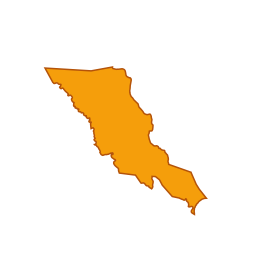 Fond Estate, Praslin, Saint Lucia (Robinson projection), rotated 24°
{"feature_id": "8701671B74250012316808", "entity_name": "Fond Estate", "entity_type": "district", "adm_level": 2, "iso_a3": "LCA", "parent_name": "Saint Lucia", "parent_adm1": "Praslin", "projection": "robinson", "projection_center": [-60.918, 13.843], "detail": "fine", "context": "isolated", "style": "filled", "palette": "amber", "viewbox_px": 256, "rotation_deg": 24, "n_neighbors": 0, "source": "geoboundaries", "source_scale": "gbopen_adm2", "svg_char_len": 5863}
<svg xmlns="http://www.w3.org/2000/svg" viewBox="0 0 256 256"><g transform="rotate(24 128 128)"><path d="M174.3,174.0L174.4,173.8L174.6,172.8L174.6,171.9L174.4,171.3L173.9,170.6L173.7,170.1L173.5,169.6L173.2,168.0L172.9,167.1L172.7,166.6L172.3,166.2L170.7,164.9L170.3,164.5L170.2,164.1L170.0,162.9L169.7,162.4L172.8,161.2L177.8,162.5L182.6,166.3L196.3,172.6L203.5,171.1L203.9,171.2L206.2,171.2L207.2,171.0L207.9,171.2L209.0,170.9L209.4,170.3L209.4,169.5L209.6,169.2L210.3,169.3L210.7,169.8L210.8,170.4L211.3,170.9L212.8,171.4L213.3,171.6L214.5,173.2L215.0,174.1L215.1,174.5L214.9,174.8L215.1,175.2L215.5,175.3L216.0,175.2L216.7,174.8L217.4,174.1L218.2,173.7L219.0,173.7L219.4,173.9L219.8,174.5L219.9,175.7L219.6,177.0L219.6,178.0L220.0,178.9L220.4,179.3L221.2,179.6L223.8,179.9L223.7,179.7L223.3,178.8L222.5,177.6L222.3,177.1L221.9,176.2L221.7,175.2L221.4,174.8L221.3,174.5L221.5,173.4L221.4,172.1L221.4,171.3L221.4,171.0L221.8,170.4L221.7,169.8L221.7,169.3L221.8,169.1L222.0,168.7L222.3,168.1L222.5,166.9L222.7,166.2L223.5,164.8L224.1,163.8L224.7,162.8L225.6,162.0L226.6,161.1L227.1,160.8L227.4,160.7L228.2,160.3L218.1,155.0L213.2,151.7L203.8,143.1L203.6,142.8L180.0,144.7L179.9,144.4L179.3,143.6L178.6,142.9L178.2,142.4L177.8,141.3L177.8,140.7L177.2,139.4L176.8,138.9L176.6,138.5L175.8,137.7L175.3,136.9L175.0,136.6L174.1,136.3L172.6,135.5L172.0,135.3L171.7,135.2L171.3,134.6L170.8,134.0L170.7,133.8L170.4,133.7L170.1,133.7L169.9,133.7L169.0,134.1L167.8,134.2L167.3,134.2L166.8,134.1L165.9,133.6L165.4,133.5L164.9,134.0L164.6,134.0L164.2,133.7L163.7,133.2L163.2,132.7L162.3,132.6L161.6,132.5L161.0,132.8L160.1,133.4L158.9,133.7L157.5,133.3L156.2,132.9L155.4,132.8L154.7,132.4L154.2,132.0L151.9,129.5L149.7,126.5L149.4,125.9L149.4,125.4L149.4,124.9L149.4,124.3L148.8,122.2L149.3,121.8L150.0,121.5L150.7,121.1L151.0,120.8L151.1,120.1L151.1,119.3L150.4,117.1L149.7,115.3L149.2,114.9L148.4,114.7L147.8,114.2L147.5,113.8L147.0,112.7L146.5,110.8L146.3,110.4L145.4,109.4L144.8,108.5L144.4,107.8L143.7,107.1L142.9,106.5L142.7,106.4L142.3,106.4L141.6,106.9L140.1,108.0L139.8,108.1L138.2,108.3L137.3,108.2L136.7,108.1L135.7,107.5L135.1,107.0L134.4,106.6L131.9,105.4L129.9,104.6L129.3,104.2L128.9,103.8L128.0,102.6L127.1,101.7L126.3,101.5L125.7,101.3L124.6,100.9L123.9,100.6L122.1,100.0L119.7,98.5L118.6,98.2L117.9,97.8L117.6,97.5L116.5,96.5L116.0,95.9L115.2,94.8L115.3,94.7L114.9,94.1L114.5,93.5L113.7,90.8L112.8,88.4L112.2,85.9L111.6,83.4L111.3,82.7L111.0,82.1L110.8,81.9L110.5,81.7L110.0,81.4L109.6,81.3L109.3,81.3L108.9,81.6L108.7,81.6L106.6,81.5L106.0,81.4L105.6,81.2L105.1,80.9L104.5,80.3L103.4,78.6L102.4,77.2L101.7,76.6L101.0,76.2L100.2,76.1L99.5,76.1L98.5,76.3L95.4,78.2L94.2,78.7L93.4,79.2L92.4,79.4L90.0,79.8L89.6,79.6L89.3,79.3L89.1,79.0L89.0,78.6L71.1,90.8L27.8,107.0L40.5,116.7L40.8,116.9L41.4,117.0L41.8,117.3L42.4,117.4L42.7,117.2L43.0,117.1L43.3,116.8L43.6,116.5L44.0,116.0L44.8,115.7L45.6,115.6L46.3,116.0L46.7,116.1L47.0,116.1L48.1,115.8L48.8,115.5L49.0,115.5L49.1,115.8L49.3,116.3L49.2,116.8L49.4,117.2L49.4,117.5L49.3,117.8L48.9,118.3L48.9,118.5L49.0,118.6L49.7,119.1L50.5,119.3L50.8,119.3L51.0,119.2L51.5,118.5L51.8,118.2L52.2,118.1L52.7,118.2L53.2,118.4L53.4,118.6L55.9,119.9L56.5,120.1L57.0,120.2L57.5,120.4L58.0,120.5L58.6,120.7L59.3,121.0L59.6,121.3L59.8,121.7L59.6,122.1L59.6,122.4L59.8,122.6L60.1,122.8L60.4,122.8L60.6,122.7L60.9,122.5L61.8,121.5L62.4,121.4L63.1,121.7L64.4,122.3L64.7,122.7L64.9,123.2L64.8,123.8L64.6,124.2L64.6,124.5L64.8,124.9L65.0,125.2L65.8,126.0L66.6,126.5L66.9,126.6L67.4,126.7L68.3,126.7L68.4,126.8L68.4,127.5L68.7,128.3L69.1,129.5L69.3,129.7L69.7,130.1L69.9,130.2L70.1,130.2L70.4,129.9L70.6,129.8L70.9,129.9L71.1,130.1L71.3,130.8L71.6,131.1L72.0,131.1L72.3,131.1L73.2,130.7L73.3,130.7L73.8,131.2L74.0,131.2L74.3,131.2L74.8,130.8L75.1,130.7L75.3,130.8L75.5,131.1L75.5,131.6L75.4,132.0L75.8,132.7L76.0,132.9L76.3,133.0L76.6,133.0L76.9,133.0L77.5,132.8L77.8,132.5L78.1,132.5L78.6,132.7L79.0,133.1L79.3,133.1L79.6,133.0L79.9,132.6L80.2,132.6L80.5,132.5L80.8,132.5L81.4,132.7L81.6,132.8L82.0,133.8L82.4,134.1L83.1,134.3L83.3,134.3L84.0,134.1L84.3,134.0L84.5,133.8L84.9,133.8L85.0,133.9L85.2,134.3L85.1,134.7L85.6,134.9L86.0,135.4L86.5,135.5L87.4,135.6L87.9,135.4L88.1,135.0L88.5,134.6L88.8,134.5L89.1,134.6L89.5,135.8L89.8,135.9L90.0,136.2L90.0,136.4L89.6,136.6L89.6,137.8L89.8,138.1L90.3,138.3L90.6,138.3L91.0,138.0L91.6,137.6L92.0,137.7L92.1,138.0L92.0,139.1L92.1,139.4L94.5,143.6L95.1,143.0L95.4,142.5L95.7,142.2L95.9,142.0L96.2,142.1L96.9,142.4L97.2,142.6L97.5,142.9L97.6,143.2L97.7,143.5L97.6,144.5L97.7,144.9L97.8,145.1L98.4,145.5L99.2,147.1L100.2,148.2L100.5,148.9L100.5,149.5L100.8,149.8L101.3,150.3L102.0,150.6L102.2,151.0L101.8,151.8L101.7,152.2L101.8,152.6L102.1,152.8L103.1,153.3L103.4,153.4L103.7,153.3L104.1,153.3L104.4,153.5L104.7,153.9L105.0,154.7L104.9,154.9L105.0,155.3L105.0,155.7L104.8,156.1L104.7,156.3L104.1,156.7L104.5,156.9L105.0,156.9L105.8,156.6L106.1,156.6L106.6,157.1L107.2,157.5L108.5,157.7L109.2,158.3L109.8,158.9L111.0,159.6L112.1,160.7L112.3,161.1L112.3,161.6L112.3,161.8L113.1,162.3L114.1,163.1L115.1,163.3L115.6,163.3L116.1,163.2L116.9,162.5L117.8,161.6L118.5,161.3L119.4,160.9L119.9,160.5L120.8,159.9L121.8,158.7L122.6,158.0L122.7,157.7L122.9,157.7L123.5,157.5L123.8,157.2L124.1,157.0L124.5,157.2L124.8,157.7L124.9,158.1L124.8,158.5L124.3,158.8L123.8,158.9L123.6,159.3L123.8,159.9L124.2,160.6L124.8,161.2L125.6,161.6L128.2,162.2L129.0,162.1L129.6,162.4L129.8,162.8L129.7,163.2L129.2,163.8L128.9,164.6L129.0,165.4L129.4,166.2L130.3,167.0L131.9,167.8L133.9,168.4L135.4,168.8L135.8,169.0L136.3,170.0L136.9,171.1L138.4,172.7L154.0,168.0L162.2,173.0L162.8,172.9L163.4,172.5L164.4,171.9L164.9,171.8L165.3,172.0L165.6,172.1L166.2,172.2L166.6,172.4L167.4,172.9L168.3,173.2L170.5,172.7L171.3,173.5L172.5,173.7L174.0,173.9L174.3,174.0Z" fill="#f59e0b" stroke="#b45309" stroke-width="1.5"/></g></svg>